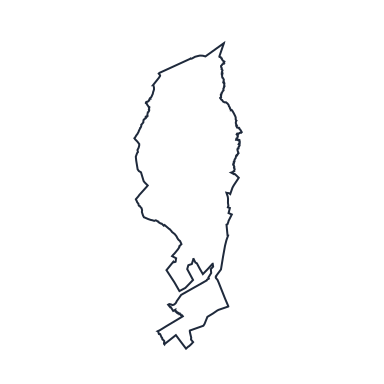 outline of Otzolotepec, México, Mexico, rotated 308°
{"feature_id": "50627088B76807982873718", "entity_name": "Otzolotepec", "entity_type": "district", "adm_level": 2, "iso_a3": "MEX", "parent_name": "Mexico", "parent_adm1": "México", "projection": "mercator", "projection_center": [-99.535, 19.444], "detail": "fine", "context": "isolated", "style": "outline", "palette": "slate", "viewbox_px": 384, "rotation_deg": 308, "n_neighbors": 0, "source": "geoboundaries", "source_scale": "gbopen_adm2", "svg_char_len": 6022}
<svg xmlns="http://www.w3.org/2000/svg" viewBox="0 0 384 384"><g transform="rotate(308 192 192)"><path d="M252.3,95.5L252.5,95.7L250.8,97.8L249.3,99.0L248.6,99.2L248.0,99.5L247.2,99.7L245.1,100.7L243.3,101.1L242.7,101.3L241.5,101.5L240.2,101.2L239.8,101.8L239.6,101.6L239.6,101.3L239.0,101.3L238.5,101.4L237.8,101.9L237.6,101.7L235.8,101.5L235.1,100.7L234.3,100.5L233.6,100.9L233.7,102.0L233.1,103.2L232.9,104.1L232.3,105.6L232.6,105.8L232.6,106.2L231.8,106.4L231.0,107.2L230.7,107.3L230.5,107.2L230.3,107.3L230.3,107.7L229.9,108.1L228.5,108.4L227.6,108.1L226.6,108.7L226.0,108.9L225.2,109.4L224.6,110.2L223.9,110.3L223.6,110.1L223.4,109.4L223.2,109.3L223.1,109.5L222.5,109.8L222.2,109.5L221.7,109.8L221.5,110.1L220.5,109.7L219.8,109.6L219.3,109.4L219.0,109.6L217.9,110.0L217.1,110.7L216.6,110.8L214.4,110.7L213.8,110.6L213.0,111.3L211.2,111.9L210.9,111.9L210.5,111.7L209.9,112.0L207.4,112.5L206.8,112.8L203.8,113.3L203.1,113.2L202.4,113.3L201.9,113.3L199.9,113.6L198.9,113.5L198.5,114.8L198.1,117.9L197.3,120.9L196.1,121.8L194.0,122.7L191.5,123.2L190.2,124.8L188.8,124.8L185.2,126.0L182.4,128.7L176.4,135.2L175.8,137.2L176.1,139.7L170.8,147.2L170.4,148.8L169.9,153.1L168.6,153.1L157.1,152.3L155.5,152.4L151.7,152.2L151.5,152.4L151.2,153.4L150.2,155.1L149.7,157.1L148.8,158.0L148.5,158.8L148.8,159.5L148.4,160.7L148.2,162.2L146.9,163.9L145.4,164.8L143.3,167.9L142.5,169.7L142.7,170.2L143.7,174.1L144.6,176.7L145.3,178.1L146.0,180.0L147.4,180.9L147.6,181.8L147.7,183.2L148.0,183.7L147.6,184.3L147.9,186.8L148.4,187.5L148.1,190.5L149.1,190.7L148.9,195.9L148.8,196.3L149.0,197.2L148.5,200.0L148.2,200.8L148.2,204.3L147.6,206.8L147.1,208.0L146.6,209.0L146.2,210.2L146.0,211.1L146.0,212.8L144.4,215.8L141.5,215.4L141.4,215.7L140.5,216.0L138.2,216.2L133.1,216.1L130.3,215.8L129.2,215.8L130.0,220.3L128.6,221.0L127.4,221.8L126.8,222.0L124.8,220.4L125.0,220.2L114.7,220.0L110.0,233.7L106.2,243.1L112.3,245.8L123.3,247.0L128.3,235.7L132.0,234.2L132.4,234.4L135.1,236.2L139.9,234.4L140.6,233.8L139.1,236.8L138.5,238.2L138.8,239.7L138.6,240.2L136.4,245.1L134.0,251.1L140.3,251.8L148.1,252.4L148.2,252.5L146.2,254.6L142.8,254.3L140.0,257.0L134.6,257.6L134.1,258.6L132.2,257.8L131.4,257.9L131.3,258.0L104.3,246.8L96.3,247.2L95.8,247.4L94.3,247.6L92.7,247.3L92.1,247.1L90.9,246.3L90.5,244.7L89.7,243.1L88.5,242.6L87.8,245.7L88.3,245.9L86.7,250.4L88.8,251.3L88.2,251.6L87.9,252.2L88.4,252.3L88.0,253.7L87.7,253.7L87.6,254.1L88.1,254.2L87.7,255.5L88.4,255.8L87.9,257.0L88.7,257.3L88.2,258.6L88.5,258.8L88.0,259.9L88.7,260.3L88.4,261.3L70.2,254.3L65.3,252.5L62.2,251.3L62.1,251.1L61.2,250.7L61.3,251.1L61.1,251.4L59.8,253.2L59.7,253.4L59.9,253.7L60.3,254.1L60.4,254.4L58.6,257.7L58.7,258.1L58.6,258.3L58.4,258.7L57.7,259.3L57.6,259.5L57.7,260.6L57.6,261.5L57.4,262.0L55.2,263.3L55.1,263.5L55.0,264.1L55.3,264.0L69.3,267.4L67.5,273.9L64.9,283.7L68.1,284.3L68.6,284.6L71.7,285.1L74.4,285.3L75.1,282.2L75.4,281.8L76.6,281.2L79.8,277.2L80.9,276.0L81.5,275.6L93.6,283.3L95.8,283.1L103.1,281.0L109.1,283.3L114.2,284.9L115.5,285.5L124.1,291.1L124.3,291.0L128.5,283.4L137.1,268.7L138.5,266.1L138.9,263.9L139.3,263.3L140.2,263.1L140.3,262.7L148.8,262.5L160.3,256.2L170.0,251.1L175.2,248.8L180.0,247.2L179.8,246.6L187.5,239.3L188.4,239.8L190.4,239.2L191.8,238.6L198.8,237.2L197.9,233.8L202.7,231.7L202.0,229.7L203.6,229.1L205.6,227.0L208.8,224.6L210.3,223.1L212.6,219.6L213.3,221.1L213.6,221.4L213.9,222.1L213.9,223.4L220.4,221.2L223.0,220.8L232.0,220.1L232.4,216.1L232.5,214.4L231.9,214.1L231.4,210.9L233.1,212.0L233.7,211.9L234.5,212.4L234.8,212.0L235.7,211.8L236.3,211.6L236.8,210.3L237.1,210.0L237.8,210.0L238.5,208.7L238.9,208.5L239.0,208.3L238.8,207.8L239.2,207.3L239.6,207.4L240.7,207.3L241.1,206.9L240.9,206.7L241.4,206.4L241.7,206.8L242.4,206.6L242.7,206.1L243.1,206.0L243.8,205.6L245.5,205.5L247.7,204.5L248.2,205.0L248.5,205.0L248.9,204.5L249.8,204.9L250.8,204.4L251.2,204.7L251.8,204.0L252.2,203.1L253.3,201.7L254.2,201.3L254.6,201.8L254.9,201.9L255.2,201.6L255.1,201.4L256.6,200.9L256.8,201.1L257.3,201.0L258.3,200.7L258.4,200.0L258.8,199.9L258.5,199.3L259.0,199.2L259.3,199.6L259.6,199.4L259.9,199.4L260.1,199.1L260.5,199.1L261.2,198.5L261.3,197.8L261.9,197.7L262.2,197.3L261.8,196.7L261.2,196.9L261.0,195.6L260.3,194.6L261.4,194.1L261.8,194.4L262.6,194.5L263.0,194.1L263.5,194.1L264.4,193.7L264.4,193.1L264.8,192.7L264.9,191.7L265.8,191.6L266.2,192.0L266.1,192.8L267.9,193.1L269.0,194.3L269.4,194.2L269.8,194.3L270.9,191.5L270.9,190.6L271.5,189.8L271.5,189.4L271.0,189.1L270.9,188.8L270.9,187.9L270.6,187.7L271.2,186.5L271.8,186.4L271.6,185.9L272.5,185.4L272.7,184.7L273.9,183.6L275.1,183.1L275.6,183.1L275.7,182.4L276.4,181.4L277.3,180.9L278.2,179.7L279.7,176.6L280.8,173.9L281.0,173.0L280.6,172.8L280.3,172.4L280.9,172.1L280.8,171.8L281.0,170.9L281.4,170.2L281.8,169.9L282.2,168.9L282.3,168.3L283.0,167.5L283.2,167.0L283.6,165.3L283.5,163.8L283.6,163.5L282.7,162.5L282.4,160.7L283.0,159.1L282.8,158.6L283.0,157.5L283.4,156.9L283.3,156.5L283.6,156.2L284.6,156.6L285.6,155.6L286.3,155.4L286.3,154.9L286.6,154.7L287.2,154.9L288.1,154.4L288.4,154.6L290.3,154.1L290.6,154.2L291.5,154.3L292.4,153.3L292.8,153.1L293.0,153.2L293.6,152.9L294.0,152.9L294.4,152.5L295.1,152.6L295.4,152.0L295.8,152.0L297.1,150.7L297.2,150.4L297.7,150.5L297.9,150.1L297.5,149.6L297.5,149.3L297.7,149.0L299.0,148.8L299.5,148.1L300.2,147.8L300.9,146.1L300.8,145.5L301.8,144.4L302.6,143.8L302.7,143.5L303.1,143.5L303.3,142.9L303.9,143.0L304.1,142.4L304.6,142.6L305.2,141.6L306.7,141.1L307.0,139.6L307.9,139.3L308.4,138.0L309.2,137.3L310.4,137.4L311.3,137.3L311.9,137.6L312.5,137.6L312.7,137.9L313.1,137.5L313.5,137.9L314.0,137.3L314.7,137.2L314.5,135.5L315.1,133.7L315.6,133.3L315.4,132.7L315.9,131.7L315.5,130.8L315.7,130.7L315.6,130.2L316.0,130.0L316.8,129.7L327.5,126.0L328.8,125.6L329.0,125.5L307.1,119.1L306.1,116.7L305.0,115.1L304.2,114.1L303.1,113.2L300.5,111.2L297.0,109.7L296.4,109.2L296.4,108.7L295.7,108.5L265.8,93.0L264.8,92.9L264.7,93.6L264.3,94.9L264.0,95.3L263.6,95.4L261.6,95.6L252.3,95.5Z" fill="none" stroke="#1e293b" stroke-width="2"/></g></svg>